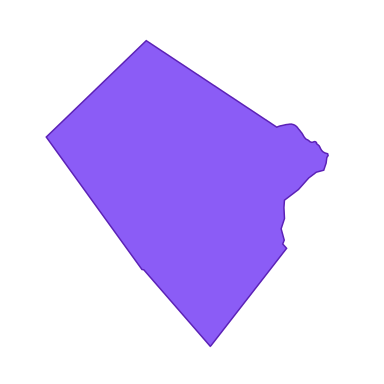 outline of Mailly Motete, Soufrière, Saint Lucia, rotated 264°
{"feature_id": "8701671B87910523251509", "entity_name": "Mailly Motete", "entity_type": "district", "adm_level": 2, "iso_a3": "LCA", "parent_name": "Saint Lucia", "parent_adm1": "Soufrière", "projection": "mercator", "projection_center": [-61.027, 13.818], "detail": "fine", "context": "isolated", "style": "filled", "palette": "violet", "viewbox_px": 384, "rotation_deg": 264, "n_neighbors": 0, "source": "geoboundaries", "source_scale": "gbopen_adm2", "svg_char_len": 2171}
<svg xmlns="http://www.w3.org/2000/svg" viewBox="0 0 384 384"><g transform="rotate(264 192 192)"><path d="M36.7,194.0L37.2,194.8L126.1,280.2L130.8,276.8L134.5,278.7L146.1,276.8L155.9,281.2L166.9,281.8L174.2,283.1L183.4,298.2L193.8,309.6L198.7,317.7L199.9,325.3L206.7,328.4L212.2,329.7L214.0,331.2L215.9,330.9L216.0,330.6L216.2,330.1L216.4,329.7L216.5,329.3L216.7,328.9L216.9,328.5L217.1,328.1L217.3,327.8L217.6,327.4L217.9,327.0L218.2,326.6L218.5,326.3L218.8,326.0L219.2,325.8L219.5,325.5L219.8,325.3L220.2,325.1L220.6,324.9L221.0,324.7L221.5,324.5L221.9,324.3L222.3,324.2L222.8,324.0L223.2,323.9L223.5,323.8L223.8,323.6L224.1,323.5L224.6,323.3L224.8,323.1L225.0,322.9L225.4,322.6L225.7,322.3L226.1,321.9L226.5,321.5L226.8,321.2L227.1,321.0L227.5,320.8L227.8,321.0L228.2,320.9L228.5,320.7L228.8,320.3L229.1,319.9L229.3,319.5L229.3,318.8L229.2,318.4L229.1,318.0L228.9,317.6L228.9,317.2L228.9,316.6L228.9,316.1L229.1,315.7L229.2,315.4L229.4,315.1L229.6,314.7L229.9,314.4L230.2,314.1L230.6,313.8L230.9,313.5L231.1,313.2L231.5,312.8L231.7,312.5L231.9,312.2L232.1,311.8L232.4,311.4L232.6,311.1L233.0,310.6L233.3,310.4L233.6,310.2L234.1,309.9L234.4,309.6L234.8,309.4L235.2,309.2L235.6,309.0L236.0,308.8L236.5,308.6L237.0,308.4L237.4,308.2L237.7,308.1L238.2,307.8L238.5,307.7L238.9,307.5L239.3,307.3L239.7,307.0L240.1,306.8L240.3,306.6L240.6,306.4L241.0,306.2L241.4,306.0L241.8,305.7L242.3,305.4L242.6,305.2L243.0,304.9L243.4,304.6L243.7,304.4L244.1,304.2L244.4,304.0L244.8,303.8L245.1,303.6L245.5,303.4L245.7,303.2L246.0,302.9L246.4,302.6L246.7,302.3L247.0,302.0L247.3,301.6L247.6,301.3L247.9,300.9L248.1,300.4L248.4,300.0L248.5,299.6L248.7,299.2L248.8,298.9L248.9,298.5L249.1,298.1L249.2,297.7L249.2,297.3L249.2,296.9L249.2,296.4L249.3,296.0L249.3,295.7L249.2,295.3L249.2,294.8L249.2,294.1L249.2,293.7L249.2,293.3L249.2,292.9L249.2,292.5L249.1,291.9L249.0,291.4L249.0,290.9L248.9,290.4L248.9,290.1L248.8,289.7L248.8,289.2L248.7,288.7L248.7,288.3L248.6,287.9L248.6,287.2L248.5,286.9L248.5,286.4L248.4,286.0L248.3,285.5L248.2,285.1L248.1,284.6L247.6,283.1L347.3,162.3L261.9,52.8L120.2,134.1L119.7,135.9L36.7,194.0Z" fill="#8b5cf6" stroke="#5b21b6" stroke-width="1.5"/></g></svg>